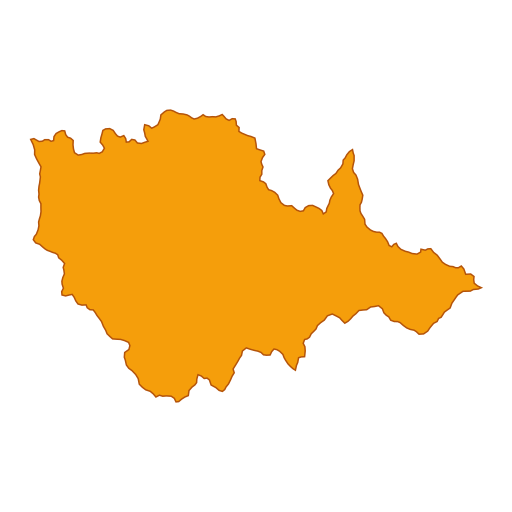 Oliveira, Minas Gerais, Brazil
{"feature_id": "56859067B19683388883575", "entity_name": "Oliveira", "entity_type": "district", "adm_level": 2, "iso_a3": "BRA", "parent_name": "Brazil", "parent_adm1": "Minas Gerais", "projection": "orthographic", "projection_center": [-44.715, -20.754], "detail": "fine", "context": "isolated", "style": "filled", "palette": "amber", "viewbox_px": 512, "rotation_deg": 0, "n_neighbors": 0, "source": "geoboundaries", "source_scale": "gbopen_adm2", "svg_char_len": 5214}
<svg xmlns="http://www.w3.org/2000/svg" viewBox="0 0 512 512"><path d="M242.4,351.0L246.3,347.9L250.4,349.3L254.8,350.5L257.7,351.1L261.0,352.4L263.5,354.8L266.5,355.2L270.1,355.0L271.7,351.6L274.0,349.0L277.0,349.7L279.7,351.3L282.9,354.4L284.1,357.6L285.5,360.1L288.0,363.9L290.4,366.4L293.0,368.7L295.4,370.2L296.5,365.3L297.7,362.5L298.6,357.7L301.3,356.9L304.6,356.7L305.2,350.9L304.9,346.7L303.2,343.3L304.6,339.5L307.2,338.9L309.5,337.2L311.2,333.8L313.8,331.3L316.0,329.0L317.4,325.6L320.6,322.7L324.3,320.1L327.4,315.8L332.3,314.0L336.5,316.1L339.7,317.8L341.7,320.1L344.8,323.2L348.0,321.3L350.6,318.8L353.0,316.0L355.9,313.7L358.9,310.5L362.9,310.0L366.7,309.7L370.6,307.0L374.6,306.5L378.5,305.7L382.4,308.8L383.9,312.8L386.2,315.2L388.8,316.9L390.7,320.2L394.2,321.5L397.7,321.6L400.1,322.6L403.4,325.5L406.7,327.9L410.2,329.4L414.1,330.2L416.4,331.7L419.0,334.2L423.6,333.9L427.7,331.1L429.8,327.9L431.5,325.8L433.6,323.3L437.1,321.5L438.6,318.4L441.1,317.3L442.8,314.7L444.4,312.1L447.1,310.1L450.1,308.0L451.9,303.2L454.1,300.0L456.0,297.2L457.7,294.9L460.2,293.2L463.0,291.3L467.0,291.2L470.3,291.1L473.3,289.5L478.3,289.0L481.3,287.7L477.5,285.9L474.2,283.2L473.7,279.7L474.0,276.5L470.7,274.0L465.7,274.3L463.8,268.9L461.3,266.0L458.3,267.8L455.5,267.7L453.0,266.6L449.7,266.3L445.5,264.4L442.3,262.2L439.9,258.8L437.2,255.2L433.6,252.4L430.8,248.7L427.8,248.9L425.3,250.2L421.0,249.2L420.6,252.1L417.0,254.1L412.0,253.5L408.6,252.1L405.3,251.3L400.8,249.3L397.9,246.5L396.3,243.3L393.8,244.4L391.8,246.8L389.1,245.5L387.6,241.8L385.6,238.7L383.5,236.1L381.9,233.4L379.5,232.2L376.7,232.2L373.3,231.4L370.3,229.9L366.9,227.0L365.0,224.1L364.6,219.3L362.6,216.0L360.9,213.4L360.0,210.8L359.9,207.6L360.0,204.8L361.4,202.4L362.2,199.1L362.8,195.2L361.1,191.3L360.0,188.5L358.5,184.5L357.6,179.2L355.9,175.0L353.6,172.4L352.4,168.7L353.2,164.6L354.1,160.8L354.1,155.6L353.2,153.0L352.5,149.6L349.4,151.6L346.8,154.8L345.1,158.0L343.2,160.1L342.9,163.9L340.6,167.9L338.1,170.2L335.9,173.5L333.3,175.4L330.7,177.9L327.9,180.7L328.8,184.7L330.5,188.2L332.3,190.5L333.6,193.6L331.3,197.0L329.9,200.2L329.3,203.3L328.0,205.9L326.8,208.4L326.2,211.9L323.3,213.9L321.8,210.5L319.0,208.4L316.3,207.1L312.6,205.4L308.7,205.6L305.2,207.6L303.4,210.8L300.2,211.4L296.9,210.2L294.6,208.3L291.7,205.7L287.4,206.0L284.4,205.4L280.9,202.7L278.9,198.8L277.7,195.2L274.7,192.3L271.6,190.6L268.6,189.7L267.0,187.1L265.8,183.7L263.5,181.9L259.8,180.6L260.0,177.2L261.8,174.2L261.8,170.5L263.0,167.0L261.8,164.4L261.0,161.6L262.5,157.6L264.8,154.4L263.7,151.1L259.6,149.8L256.5,148.7L256.0,143.8L254.9,138.1L251.0,136.5L247.6,135.6L244.3,134.2L241.7,133.1L238.9,131.4L239.1,127.5L236.4,125.2L236.1,121.5L235.2,118.9L232.2,118.7L229.1,120.4L226.1,118.9L224.1,116.5L222.2,114.5L219.2,115.9L215.8,116.9L212.4,116.7L209.0,117.0L205.7,116.5L203.1,114.7L200.8,116.4L197.5,118.2L194.1,119.0L191.6,117.8L189.3,116.1L187.0,114.9L183.1,114.0L179.1,113.7L176.0,112.4L173.6,111.1L170.6,110.1L166.8,110.4L164.4,111.9L160.9,114.9L160.3,119.1L159.2,121.8L157.9,124.7L154.4,126.9L151.7,128.2L148.8,125.8L144.7,124.7L143.8,129.7L144.7,133.1L145.3,136.4L146.7,138.8L148.0,141.3L144.7,142.3L141.5,143.5L137.4,143.0L134.9,140.0L131.7,139.4L129.0,141.9L126.3,142.1L125.7,138.6L123.8,135.6L120.2,137.1L117.5,136.1L115.5,133.8L113.2,130.4L109.7,128.6L105.6,128.9L102.9,130.4L101.9,134.3L100.9,137.7L100.2,142.1L102.8,145.2L104.4,148.2L102.3,151.8L99.2,153.4L96.7,152.8L93.3,153.2L89.2,153.1L84.8,153.4L81.8,154.5L78.2,155.1L74.5,152.7L73.5,149.1L73.0,144.9L73.2,140.5L70.6,138.2L67.6,137.2L65.7,134.6L64.7,130.9L61.8,130.6L59.1,131.8L56.1,133.5L54.0,136.6L53.6,140.6L51.0,141.3L48.6,139.7L44.7,139.7L42.4,141.2L39.0,141.5L36.5,140.1L33.9,138.6L30.7,139.4L33.2,144.6L34.7,149.9L34.6,154.5L36.5,158.7L38.9,163.1L41.0,166.8L40.4,170.3L39.7,173.9L40.4,176.9L40.0,180.3L39.6,183.3L39.0,186.3L38.6,190.2L39.0,194.1L38.6,197.1L39.3,200.6L40.9,203.7L40.9,207.7L41.0,211.7L40.4,215.8L39.5,218.6L38.6,222.0L38.9,225.8L38.1,229.8L36.3,234.3L34.4,236.5L33.3,239.7L35.7,242.9L39.7,244.3L42.6,246.9L45.0,248.9L47.2,250.3L50.0,251.3L52.6,252.4L55.3,253.2L57.7,254.7L58.7,257.8L61.7,260.2L64.6,263.5L63.2,267.4L63.9,270.2L64.4,273.9L62.8,277.6L61.9,281.2L62.1,284.1L63.4,288.2L61.7,291.6L62.0,295.0L65.6,295.9L69.2,295.0L72.2,294.4L74.2,297.3L75.8,300.9L78.0,304.0L81.9,305.1L86.1,304.9L87.2,307.7L89.9,309.7L93.2,309.9L95.2,312.5L97.0,315.5L99.4,318.6L101.5,321.5L103.4,326.3L105.7,330.3L107.1,333.8L110.0,336.6L112.6,338.9L116.8,339.2L120.6,339.4L124.6,340.6L128.6,342.4L129.9,345.6L128.9,349.5L124.7,352.5L124.3,357.2L125.3,360.1L126.4,365.0L128.8,368.3L132.1,370.7L135.7,374.5L138.2,378.6L139.3,384.2L142.4,387.3L145.7,389.8L150.2,391.3L153.3,393.9L155.9,397.0L159.4,395.2L162.7,396.2L166.4,395.9L171.2,396.2L174.3,398.3L176.0,401.9L178.7,401.6L181.5,399.2L184.9,397.0L188.3,395.6L189.0,390.5L192.1,387.0L194.9,384.9L196.6,382.6L196.8,379.1L198.0,374.7L201.3,376.0L204.2,378.5L207.0,378.1L209.4,379.9L211.1,385.0L215.9,387.6L219.1,390.4L222.4,391.4L224.7,389.6L226.0,387.0L228.5,383.9L230.5,379.9L232.1,376.2L234.2,372.8L233.1,369.0L235.6,365.0L237.9,361.2L239.7,357.9L241.5,355.4L242.4,351.0Z" fill="#f59e0b" stroke="#b45309" stroke-width="1.5"/></svg>